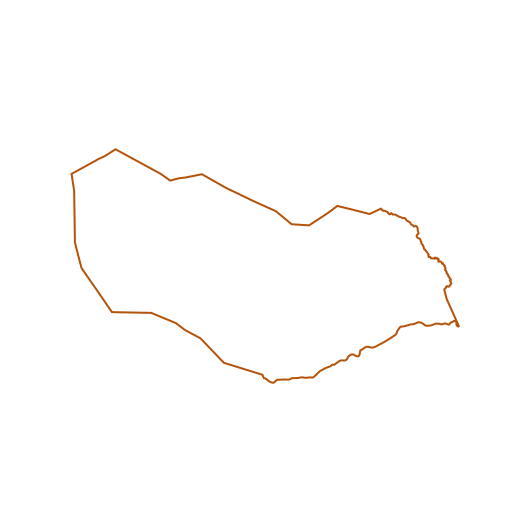 the district of Gurvanzagal, Dornod, Mongolia, rotated 57°
{"feature_id": "93677404B26424401044934", "entity_name": "Gurvanzagal", "entity_type": "district", "adm_level": 2, "iso_a3": "MNG", "parent_name": "Mongolia", "parent_adm1": "Dornod", "projection": "robinson", "projection_center": [115.314, 49.24], "detail": "fine", "context": "isolated", "style": "outline", "palette": "amber", "viewbox_px": 512, "rotation_deg": 57, "n_neighbors": 0, "source": "geoboundaries", "source_scale": "gbopen_adm2", "svg_char_len": 5957}
<svg xmlns="http://www.w3.org/2000/svg" viewBox="0 0 512 512"><g transform="rotate(57 256 256)"><path d="M425.3,124.1L396.0,119.5L386.7,116.4L386.4,116.0L386.3,115.5L386.2,115.0L386.3,114.6L386.2,114.3L385.4,113.3L385.5,113.0L385.4,112.7L385.3,112.4L385.4,112.1L386.2,111.8L386.6,111.3L386.7,111.0L386.8,110.4L386.6,110.1L386.2,109.7L386.1,109.3L386.1,109.0L386.1,108.7L385.8,108.4L385.7,108.3L385.7,107.5L385.6,107.3L384.7,107.0L384.0,106.8L383.2,106.8L382.1,106.7L382.0,106.4L382.3,106.1L382.3,105.7L382.2,105.6L381.9,105.5L381.3,105.4L380.9,105.4L380.5,105.5L379.9,105.6L379.6,105.7L379.3,105.7L379.0,105.5L378.8,105.4L378.5,105.3L378.3,105.4L377.7,105.7L377.3,105.6L377.1,105.5L376.9,105.4L376.7,105.2L376.3,105.2L376.1,105.3L375.3,105.2L375.1,105.2L374.9,105.3L374.7,105.5L374.4,105.5L374.3,105.3L374.0,105.3L373.4,104.9L373.0,104.8L372.7,105.0L372.1,104.7L371.3,104.6L370.8,104.9L370.4,104.9L369.9,104.3L369.8,104.1L369.3,103.7L369.1,103.6L368.8,103.6L368.3,103.6L368.0,103.6L367.9,103.5L367.4,103.1L367.2,103.1L366.8,103.5L366.5,103.4L366.0,103.2L365.7,103.2L365.2,103.4L364.7,103.4L364.1,103.3L363.9,103.3L363.8,103.5L363.8,103.9L363.8,104.0L363.6,104.2L363.3,104.1L363.1,103.8L362.9,103.8L362.4,103.7L362.0,103.8L361.1,104.2L361.0,104.3L360.7,104.8L360.5,105.2L360.5,105.4L360.5,105.6L360.4,105.8L360.2,105.9L359.8,105.9L358.7,105.4L358.7,105.0L358.6,104.9L358.2,104.6L357.8,104.6L357.6,104.6L357.4,104.8L357.0,105.3L356.9,105.3L356.6,105.3L356.3,105.5L356.3,105.9L356.3,106.0L356.0,106.1L355.2,106.3L354.9,106.6L354.8,106.9L354.8,107.1L354.9,107.3L355.2,107.6L355.5,107.7L355.5,107.8L354.9,108.1L354.4,109.0L353.8,109.7L353.5,110.1L353.3,110.4L352.9,110.5L352.2,110.4L351.5,110.6L351.3,110.8L351.1,111.1L351.1,111.4L351.1,111.5L350.7,111.7L350.2,111.5L350.0,111.4L349.5,111.2L349.2,110.9L349.0,110.5L348.8,110.4L348.4,110.4L347.7,110.6L347.3,110.6L347.0,110.6L346.8,110.5L346.1,110.4L345.7,110.4L344.4,110.8L343.3,110.7L342.9,110.7L342.1,111.2L341.8,111.2L341.1,111.1L340.2,110.6L339.9,110.5L338.8,110.4L337.7,110.2L337.1,110.1L336.0,110.5L335.5,110.4L334.3,109.8L334.1,109.7L333.2,109.7L332.9,109.6L332.6,109.4L331.9,109.3L331.4,109.3L331.0,109.3L330.6,109.3L330.4,109.4L329.4,110.2L328.8,110.5L328.0,110.6L327.5,110.6L327.1,110.5L326.7,110.4L326.5,110.2L326.2,109.9L325.8,108.7L325.7,108.5L325.8,108.0L325.7,107.6L325.5,107.4L325.2,107.2L324.3,106.9L322.9,106.6L322.2,106.2L321.6,105.7L321.3,105.6L320.5,105.4L319.9,105.2L319.6,105.1L318.9,105.1L318.7,105.1L318.1,105.5L317.7,105.9L317.6,106.2L317.6,106.5L317.6,106.9L317.4,107.1L317.3,107.4L317.1,107.5L316.4,107.5L316.1,107.6L315.7,107.9L315.2,108.0L314.1,108.7L313.7,108.7L313.4,108.7L312.0,108.5L311.6,108.6L310.9,109.1L310.1,109.2L309.5,109.7L308.9,110.0L308.5,110.2L308.0,110.3L305.7,110.4L305.3,110.6L304.8,110.9L304.5,111.4L304.2,111.9L304.2,112.2L304.0,112.4L303.1,112.9L302.3,113.4L302.0,113.8L301.2,114.4L300.9,114.7L299.9,115.1L299.3,115.6L298.8,115.8L298.2,116.0L297.5,116.4L297.1,116.7L296.9,116.9L296.5,117.4L296.2,117.8L296.1,118.1L295.9,118.6L295.4,118.8L293.8,119.1L293.7,119.3L293.6,119.5L293.7,119.8L293.9,120.1L294.0,120.5L294.0,120.9L293.9,121.0L293.4,121.6L292.8,121.7L292.4,121.8L292.0,121.8L291.5,121.6L291.2,121.6L290.9,121.7L290.5,122.0L289.4,122.8L288.7,123.0L288.4,123.2L288.2,123.4L288.1,123.7L287.9,123.9L287.7,124.1L287.6,124.4L287.1,124.8L286.7,124.9L286.6,125.1L286.4,125.3L285.7,125.2L285.2,125.2L284.2,125.6L284.2,126.7L282.6,137.9L268.1,151.3L258.3,160.6L259.1,172.3L259.2,194.8L248.8,208.8L229.1,215.0L208.5,228.3L182.3,244.2L158.0,256.8L151.8,272.3L148.8,278.4L146.0,286.9L135.4,291.1L90.0,315.7L89.9,328.7L88.9,334.9L86.7,366.0L102.3,373.0L146.0,400.5L159.3,405.0L171.2,408.9L200.2,408.0L224.5,407.4L225.9,405.5L246.6,374.9L268.7,359.7L279.6,355.8L294.8,347.4L328.1,341.1L359.1,315.3L362.7,315.9L363.9,314.8L365.2,314.2L367.6,313.5L368.7,313.1L370.0,312.2L371.3,311.1L371.9,309.9L371.9,309.1L371.6,308.3L371.4,306.9L371.5,305.4L375.5,298.7L377.5,295.9L377.8,295.1L377.9,294.2L377.9,293.4L377.9,292.9L378.1,292.3L380.2,288.9L380.9,287.8L382.2,284.8L382.6,283.9L383.0,283.2L384.5,281.7L384.9,281.0L385.2,280.7L385.3,280.4L385.7,279.9L386.0,279.2L386.4,278.4L387.0,277.2L387.3,276.6L387.6,276.2L388.2,275.7L388.5,275.2L388.9,274.4L388.8,272.7L388.6,271.6L388.1,268.9L387.3,264.4L387.5,263.4L387.6,262.6L387.8,259.5L388.2,257.1L389.0,253.8L389.0,252.8L388.7,251.7L388.8,251.0L389.4,250.1L389.9,249.4L389.6,246.9L389.6,245.3L389.5,243.5L389.7,242.1L389.8,241.9L390.1,241.1L390.4,240.6L391.1,239.9L391.6,239.1L392.0,238.4L392.3,237.3L392.2,236.5L391.6,234.9L391.2,234.5L390.6,233.6L390.5,231.9L390.4,231.1L390.3,230.4L390.6,229.7L390.9,229.0L391.2,228.3L392.1,227.7L393.3,227.2L394.3,226.6L394.9,226.1L395.8,225.0L395.8,224.1L395.5,223.4L395.1,222.8L394.4,222.3L392.7,220.6L392.2,220.1L392.0,219.8L392.0,219.1L392.2,217.7L392.2,216.6L392.1,216.1L392.1,214.5L392.2,213.5L392.5,212.4L393.2,211.5L394.2,210.5L395.8,208.9L396.5,207.6L397.0,206.0L397.2,204.3L397.3,202.2L397.8,197.7L398.2,189.5L398.1,185.4L398.1,182.5L398.0,181.6L397.7,180.8L397.5,180.4L397.3,180.0L396.5,179.5L396.1,178.8L395.6,177.5L395.1,176.6L394.1,173.8L394.2,173.2L394.3,172.7L394.6,172.1L395.3,170.8L395.9,169.3L396.1,168.4L396.9,166.2L397.5,163.9L398.2,162.4L398.7,161.5L399.1,160.5L399.3,159.7L399.4,158.8L399.9,156.2L400.2,155.6L400.7,155.1L401.2,154.4L402.0,153.7L402.9,153.2L403.7,152.8L404.8,152.5L405.5,152.3L406.0,152.1L406.5,151.7L407.6,150.7L408.3,149.5L409.1,147.9L409.7,146.5L410.3,143.6L410.6,142.2L410.8,141.8L411.3,141.0L412.3,139.8L412.8,139.0L413.8,138.3L414.2,137.8L414.6,137.2L414.8,136.6L415.0,135.4L415.2,134.8L415.6,134.1L416.5,133.3L418.0,132.2L418.5,131.7L418.7,131.1L418.5,130.5L418.2,130.0L417.9,129.3L418.0,128.7L418.3,127.2L418.4,126.0L418.3,125.4L418.5,124.9L418.9,124.6L419.3,124.3L420.0,124.1L420.6,124.0L421.1,124.1L421.5,124.5L422.2,125.0L422.9,125.3L423.4,125.4L424.2,125.3L425.3,124.8L425.3,124.1Z" fill="none" stroke="#b45309" stroke-width="2"/></g></svg>